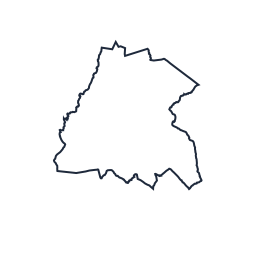 outline of Mutoko, Mashonaland East, Zimbabwe, rotated 151°
{"feature_id": "62879985B11813721132111", "entity_name": "Mutoko", "entity_type": "district", "adm_level": 2, "iso_a3": "ZWE", "parent_name": "Zimbabwe", "parent_adm1": "Mashonaland East", "projection": "robinson", "projection_center": [32.255, -17.423], "detail": "fine", "context": "isolated", "style": "outline", "palette": "slate", "viewbox_px": 256, "rotation_deg": 151, "n_neighbors": 0, "source": "geoboundaries", "source_scale": "gbopen_adm2", "svg_char_len": 5662}
<svg xmlns="http://www.w3.org/2000/svg" viewBox="0 0 256 256"><g transform="rotate(151 128 128)"><path d="M179.7,167.0L180.0,166.5L180.1,164.4L180.4,163.3L180.8,163.1L181.3,163.1L181.6,162.8L182.2,161.3L182.4,160.5L184.1,159.9L184.3,159.0L184.8,158.5L185.5,158.2L185.8,157.5L187.6,158.4L188.2,159.3L188.7,159.3L189.1,157.5L189.0,157.0L189.5,157.0L190.1,156.8L190.9,155.7L191.3,153.9L191.5,153.9L191.7,152.9L191.9,150.8L192.0,150.0L191.9,148.0L191.6,146.5L190.9,144.9L190.9,144.1L192.9,142.4L193.6,142.2L194.0,142.2L195.4,141.2L197.4,140.4L199.0,139.8L203.0,139.2L204.6,138.5L206.6,136.4L207.4,136.2L208.0,135.9L208.5,135.5L208.7,134.6L208.7,133.9L208.2,132.1L208.4,131.1L208.2,129.3L209.1,127.5L209.7,126.6L209.8,126.3L210.4,125.2L210.6,124.6L195.1,113.7L186.1,110.5L182.3,109.5L176.7,107.2L175.9,106.8L174.5,106.4L174.2,106.0L176.2,98.1L176.1,97.2L175.5,96.8L175.1,97.0L174.5,97.6L172.3,98.4L171.5,98.3L171.2,98.1L169.2,99.1L167.4,100.8L166.0,100.8L165.0,100.3L164.7,100.2L163.0,99.3L162.6,98.9L161.9,96.7L162.0,95.3L161.5,93.9L161.6,92.4L161.3,91.8L160.4,91.1L160.2,91.1L160.0,90.4L159.9,90.0L159.5,88.8L158.9,88.3L158.3,87.5L157.9,87.1L157.3,86.0L156.8,85.4L156.9,84.9L156.5,84.5L156.5,83.7L156.2,82.9L156.2,82.2L155.8,81.6L156.1,81.5L156.1,81.3L155.9,81.1L155.6,81.3L155.1,81.0L155.0,80.7L155.0,80.2L154.5,80.0L153.7,80.8L153.2,80.8L152.9,80.7L152.5,81.4L151.6,81.2L151.1,81.5L150.4,80.9L150.2,80.8L149.4,81.8L148.7,81.9L148.4,82.1L147.8,82.0L146.5,82.1L146.7,82.4L146.6,82.6L145.8,83.4L145.8,83.7L145.6,83.8L144.6,83.8L144.4,84.0L144.1,84.1L143.2,83.6L142.8,83.0L144.2,78.7L142.3,76.3L140.9,73.5L140.0,71.3L138.6,69.1L137.1,67.3L136.7,65.8L135.5,62.7L134.9,63.7L134.5,64.2L134.2,64.8L133.8,65.0L133.1,65.1L132.3,65.7L131.4,66.6L128.2,68.0L126.8,72.0L126.8,73.5L126.5,74.6L126.1,74.5L125.5,73.6L125.5,73.4L125.2,73.1L124.8,72.4L124.2,71.8L124.1,71.5L124.0,71.0L123.7,70.8L123.6,70.6L123.3,70.5L123.1,70.5L122.7,70.7L122.4,70.5L122.4,70.8L121.8,70.5L121.0,70.8L120.3,70.8L119.6,71.1L118.6,71.2L115.1,72.0L113.1,72.1L111.7,72.4L110.8,71.4L110.5,70.8L110.0,68.5L109.5,67.2L108.3,63.0L107.8,61.1L107.4,58.2L107.0,56.6L106.5,56.3L106.6,55.3L106.4,54.3L106.6,54.0L105.9,53.1L105.6,51.8L105.3,50.0L105.0,48.8L104.6,47.6L104.2,46.7L104.3,46.2L104.2,45.0L103.0,45.2L102.6,45.5L101.7,45.8L101.4,46.1L100.9,46.3L100.1,46.5L99.3,46.4L98.6,46.7L96.8,46.9L96.5,46.9L96.0,46.5L94.8,46.2L94.6,46.3L94.5,46.5L94.3,46.8L92.2,46.1L90.5,46.4L90.1,46.4L89.8,46.2L89.2,46.4L89.0,46.9L88.8,50.6L88.6,50.6L88.5,50.9L88.2,52.7L87.8,53.9L87.8,54.7L88.3,55.8L88.3,56.5L87.5,57.3L87.2,57.4L86.6,58.9L86.6,59.4L86.4,60.1L86.1,60.9L86.1,62.1L85.4,62.9L84.8,63.8L83.1,67.6L83.0,68.7L82.9,68.8L82.1,71.0L81.2,72.2L81.0,72.9L80.7,74.5L80.4,74.8L79.6,77.2L78.8,78.4L78.6,80.3L77.8,82.6L77.5,83.9L77.6,85.0L78.2,85.9L79.6,87.4L79.7,87.9L79.7,88.6L79.6,89.2L79.6,89.5L79.1,89.8L79.0,90.4L79.0,91.4L78.9,92.2L79.4,93.3L79.4,93.8L79.2,94.8L79.4,96.5L81.5,98.9L82.5,100.3L83.1,100.7L83.7,102.6L84.1,103.2L84.5,103.3L85.0,104.7L87.1,107.5L87.6,108.5L87.7,108.9L87.7,109.4L87.2,110.3L86.1,111.5L85.6,111.7L85.3,111.3L85.0,111.1L84.7,111.6L84.2,111.2L83.9,111.2L83.0,112.3L82.3,112.9L81.4,114.2L81.0,115.0L80.8,115.9L80.7,116.7L80.9,117.3L81.7,118.0L82.1,118.6L82.1,121.6L82.3,122.4L82.6,122.9L82.8,124.3L81.2,125.5L80.8,125.5L80.3,125.1L79.8,125.2L79.2,125.9L78.2,126.3L77.5,126.4L76.9,126.8L76.6,126.6L76.2,127.1L75.7,127.1L75.4,127.3L75.1,127.2L74.3,126.9L73.5,127.3L73.1,127.2L72.8,127.1L72.5,126.7L72.3,126.6L71.8,126.3L71.3,126.4L70.9,126.8L69.5,127.2L69.4,127.4L69.0,127.6L67.6,129.5L66.3,130.3L65.7,130.1L65.1,130.1L64.5,129.7L64.3,129.7L64.0,130.0L62.8,129.9L62.5,130.3L62.4,130.0L61.9,129.9L61.9,129.6L61.7,129.5L61.0,129.2L60.0,129.4L58.9,128.8L58.5,129.2L58.3,129.3L57.9,129.0L57.2,128.9L56.4,128.4L55.0,128.4L54.8,128.6L55.0,128.8L54.9,129.0L54.1,129.0L52.9,129.6L52.5,129.6L50.4,130.9L49.1,131.6L47.2,131.9L45.4,131.6L49.5,141.1L50.9,144.1L59.7,164.0L61.2,167.9L62.1,169.4L62.4,170.4L63.0,171.1L65.5,171.6L72.7,174.5L75.4,176.6L75.3,177.0L74.8,177.2L74.1,178.0L74.0,178.9L74.2,179.4L74.1,179.6L73.7,180.0L73.3,180.3L73.2,181.7L73.6,182.1L73.7,182.8L73.0,183.5L73.0,184.7L72.2,185.9L72.5,187.8L95.6,192.5L95.0,194.3L91.8,199.3L94.8,203.0L96.9,203.6L97.0,209.2L103.6,204.5L112.0,211.0L112.5,210.4L114.2,208.0L114.8,207.6L115.1,207.6L116.5,206.2L117.2,205.9L117.8,205.8L118.4,205.2L119.3,203.8L120.6,202.4L120.9,202.2L121.2,202.4L121.5,202.2L121.6,201.6L121.9,201.1L122.0,200.8L121.9,199.9L122.9,197.9L123.3,197.2L124.2,196.3L125.9,196.2L126.1,196.0L126.6,195.4L126.3,194.9L126.3,194.3L128.0,192.5L129.5,191.7L130.5,192.0L131.4,192.0L131.7,191.6L132.5,191.3L132.8,191.0L133.1,190.1L133.6,189.0L133.9,188.8L134.3,188.9L135.0,188.6L137.5,186.3L139.0,185.2L140.1,184.7L142.0,183.1L142.4,182.4L143.1,181.7L144.8,181.1L146.8,181.5L147.9,180.9L148.3,180.9L148.7,181.0L149.7,180.2L150.3,179.4L150.5,179.3L151.1,179.4L152.2,180.6L153.0,181.2L153.5,181.1L154.3,180.7L154.9,180.0L154.9,179.7L154.5,179.6L154.3,179.5L154.2,179.0L154.3,178.7L154.8,178.3L155.4,177.6L156.5,177.2L157.8,176.1L158.3,176.0L158.5,175.8L159.2,174.6L159.5,174.2L159.5,173.0L160.0,171.5L160.6,171.1L161.3,170.9L161.5,170.9L161.7,171.4L162.7,171.3L163.5,170.9L163.8,169.8L164.1,169.6L165.1,167.9L165.5,167.7L167.3,167.9L168.5,168.9L169.5,168.9L170.4,169.5L170.7,169.5L171.2,169.5L171.7,168.9L172.8,169.1L173.1,169.2L173.6,169.9L174.0,169.9L174.3,169.7L174.6,169.0L174.3,167.7L174.4,167.2L174.7,167.0L175.5,167.0L175.7,166.8L175.9,165.6L176.6,165.0L177.0,165.9L177.6,165.2L177.8,166.1L178.3,166.8L178.6,166.8L178.7,166.5L178.8,166.5L179.3,166.9L179.7,166.9L179.7,167.0Z" fill="none" stroke="#1e293b" stroke-width="2"/></g></svg>